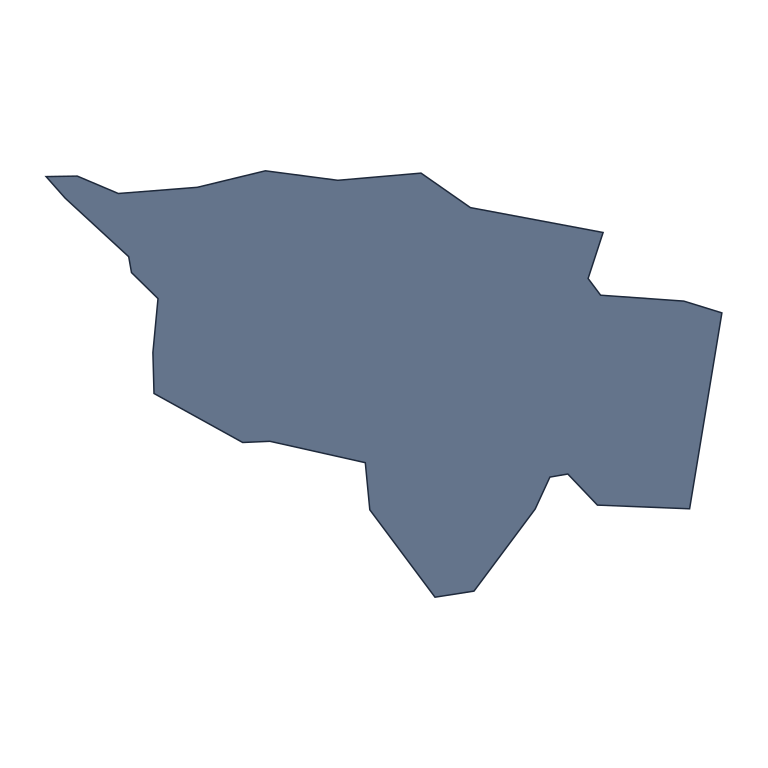 Balléyara, Tillabéri, Niger (orthographic projection)
{"feature_id": "23599985B53989443832132", "entity_name": "Balléyara", "entity_type": "district", "adm_level": 2, "iso_a3": "NER", "parent_name": "Niger", "parent_adm1": "Tillabéri", "projection": "orthographic", "projection_center": [2.816, 13.701], "detail": "fine", "context": "isolated", "style": "filled", "palette": "slate", "viewbox_px": 768, "rotation_deg": 0, "n_neighbors": 0, "source": "geoboundaries", "source_scale": "gbopen_adm2", "svg_char_len": 522}
<svg xmlns="http://www.w3.org/2000/svg" viewBox="0 0 768 768"><path d="M46.1,176.6L65.2,198.2L128.7,256.7L131.5,272.6L158.0,298.6L152.9,352.5L154.0,393.5L242.7,442.5L269.9,441.3L365.3,462.7L369.8,509.8L435.0,597.2L474.0,591.1L535.2,509.0L549.9,477.1L567.8,474.0L597.4,505.1L689.6,508.8L721.9,312.9L683.8,301.1L600.6,295.2L588.1,278.5L603.1,232.5L470.4,207.6L421.0,173.1L337.8,180.3L265.4,170.8L197.3,187.3L118.3,193.5L77.3,176.1L77.1,176.1L57.4,176.4L46.1,176.6Z" fill="#64748b" stroke="#1e293b" stroke-width="1.5"/></svg>